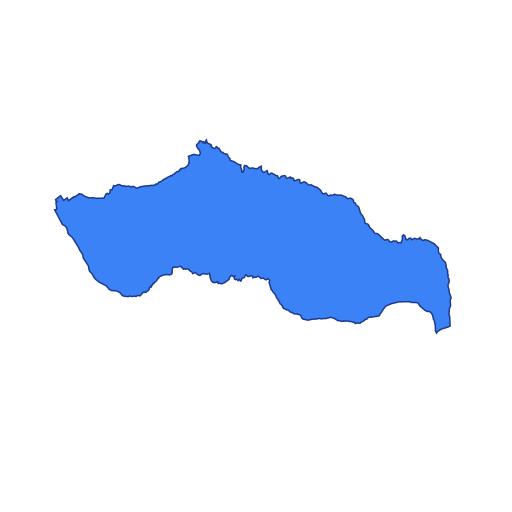 Schela, Gorj, Romania (Natural Earth projection), rotated 115°
{"feature_id": "2599482B25991908256991", "entity_name": "Schela", "entity_type": "district", "adm_level": 2, "iso_a3": "ROU", "parent_name": "Romania", "parent_adm1": "Gorj", "projection": "natural_earth1", "projection_center": [23.303, 45.212], "detail": "fine", "context": "isolated", "style": "filled", "palette": "blue", "viewbox_px": 512, "rotation_deg": 115, "n_neighbors": 0, "source": "geoboundaries", "source_scale": "gbopen_adm2", "svg_char_len": 6124}
<svg xmlns="http://www.w3.org/2000/svg" viewBox="0 0 512 512"><g transform="rotate(115 256 256)"><path d="M299.2,458.0L309.3,444.7L309.3,442.1L310.2,440.0L312.5,437.7L314.7,436.1L315.7,434.7L316.5,431.2L317.3,429.5L322.9,420.9L325.3,418.1L327.7,413.9L330.8,411.7L336.0,403.4L338.2,402.2L340.2,400.3L341.5,396.8L343.6,394.2L344.8,391.8L346.0,387.0L346.3,379.1L348.2,375.0L348.4,372.5L346.5,367.4L346.7,363.8L348.3,360.4L348.2,358.7L346.8,354.5L345.6,353.7L345.3,351.6L343.4,348.6L343.5,347.8L341.3,346.0L341.3,344.4L338.8,343.5L337.1,343.3L336.3,342.2L335.9,342.2L336.0,341.5L335.1,340.2L332.9,339.1L331.5,338.7L329.7,339.2L328.8,338.7L328.8,338.2L327.8,338.6L327.0,338.1L327.3,337.9L324.4,337.6L324.2,336.9L323.5,337.2L320.7,335.7L318.5,335.5L317.2,334.8L316.8,335.2L316.1,335.0L312.5,332.2L311.5,330.4L310.7,329.6L309.8,326.6L308.1,324.8L306.7,324.8L304.0,326.2L301.8,326.5L300.4,325.6L300.4,324.8L299.8,323.2L297.2,320.1L298.0,318.2L298.0,317.2L298.7,316.4L298.3,315.6L297.8,315.5L297.6,313.9L296.7,313.0L296.3,311.6L296.5,311.0L297.3,310.4L297.6,307.3L298.7,305.9L296.6,304.1L297.5,300.9L297.5,299.0L296.8,298.2L294.7,297.2L293.0,292.5L291.4,290.8L295.4,288.0L297.3,286.0L298.1,284.0L297.8,282.6L296.7,281.0L295.4,280.0L296.9,278.6L295.9,277.3L296.0,276.6L295.5,275.0L293.3,273.1L288.5,270.5L286.6,271.0L284.1,270.2L284.2,268.7L283.2,266.7L285.0,266.7L286.1,265.5L286.1,264.7L285.2,263.5L285.9,261.9L284.3,261.5L285.3,259.4L284.5,259.0L282.2,259.3L280.4,257.5L277.9,257.5L277.1,256.9L278.0,255.3L278.0,254.4L276.1,252.3L275.7,251.0L277.0,249.5L276.2,249.3L275.3,247.0L273.4,245.5L273.5,244.3L274.3,242.0L273.0,240.4L273.4,237.2L273.0,236.3L271.5,235.5L271.6,234.7L272.4,233.1L274.3,233.0L280.2,227.9L280.4,226.7L281.3,225.6L282.9,221.9L285.1,219.8L285.9,217.7L286.6,217.4L286.7,216.7L289.1,214.0L289.3,212.7L290.5,210.4L291.0,210.3L291.5,209.6L291.9,208.5L291.6,207.0L291.9,205.9L291.4,203.8L292.3,201.4L292.0,198.5L292.4,197.0L291.3,194.9L291.3,193.4L290.7,191.9L290.9,190.4L292.8,188.3L293.2,187.0L293.3,186.2L292.4,183.2L292.4,182.1L289.1,177.7L288.0,175.2L285.7,172.1L285.4,170.2L284.1,168.4L283.6,167.0L281.0,163.5L280.1,163.0L279.5,158.8L280.0,154.3L279.4,153.4L279.0,150.7L278.4,149.4L277.6,149.0L277.5,147.6L276.2,145.9L276.0,143.9L275.4,142.8L274.8,139.6L274.4,138.7L275.3,137.6L273.5,135.5L273.6,134.8L272.9,133.2L271.4,132.8L270.8,132.0L268.7,130.6L267.2,130.1L266.7,129.1L264.0,128.1L263.2,126.9L263.1,126.2L258.3,119.2L248.7,117.8L246.5,117.1L244.7,115.7L243.9,114.7L242.1,113.3L236.6,106.3L236.1,104.5L235.4,103.6L232.5,97.5L232.4,95.5L230.5,91.2L230.1,89.1L232.0,86.5L233.8,79.9L233.9,77.4L233.0,75.5L233.6,72.9L235.4,70.6L238.4,68.4L239.0,67.2L244.1,63.6L247.7,61.9L249.6,59.9L247.5,59.4L243.9,57.1L239.2,51.9L237.5,50.5L229.5,54.6L226.8,56.7L221.4,58.6L218.9,58.6L213.9,61.4L211.5,61.4L207.2,65.6L204.9,66.9L203.0,68.8L200.5,69.9L197.9,70.0L195.5,71.2L194.0,73.2L192.2,73.7L191.3,74.6L188.2,76.2L185.8,79.0L184.3,79.5L183.4,80.5L181.9,81.4L180.4,85.6L178.4,88.3L176.6,89.2L176.3,91.1L175.9,91.6L174.4,92.9L171.6,94.1L169.6,99.7L169.3,107.1L169.8,109.7L171.1,110.9L171.5,111.7L170.8,113.1L171.3,114.6L170.1,115.2L172.3,116.5L172.6,116.9L172.9,119.7L175.6,122.0L174.4,123.2L174.8,124.1L175.3,124.7L177.3,125.6L177.6,126.1L177.6,126.8L174.8,129.7L174.5,131.2L175.6,131.8L176.5,131.7L179.5,130.2L182.8,130.2L183.0,131.3L184.1,133.0L183.9,133.8L183.2,134.5L183.2,135.4L183.8,136.0L184.2,137.9L186.0,138.8L186.6,140.7L185.4,143.2L185.4,143.8L187.3,146.1L184.5,154.7L184.4,155.4L185.2,157.6L185.0,158.5L183.5,160.6L182.1,165.3L180.7,166.4L179.9,168.0L180.1,171.2L177.4,172.8L174.6,176.3L172.9,179.5L168.4,183.4L167.3,187.3L166.0,188.4L166.0,189.9L165.5,190.7L164.6,191.0L163.8,192.1L163.6,193.9L163.7,195.0L164.8,196.3L165.3,197.4L164.4,200.2L164.8,201.4L164.7,204.1L166.7,208.7L166.8,210.9L167.6,211.2L167.8,211.7L169.0,212.7L169.2,214.3L170.6,215.1L170.7,216.7L169.4,219.0L171.4,221.5L171.1,222.4L169.0,225.5L167.9,229.7L168.4,232.2L168.2,236.3L169.0,237.3L169.4,238.6L168.4,241.7L168.3,243.3L168.8,244.2L171.2,246.3L170.7,247.4L169.0,248.3L168.4,248.9L168.6,249.8L171.1,252.2L171.7,253.3L171.5,253.9L170.3,254.2L170.0,254.8L169.8,256.1L170.8,257.2L169.9,257.8L169.9,258.3L172.7,260.9L172.4,261.9L171.5,262.6L171.0,263.5L171.1,264.2L173.1,266.8L175.7,267.3L176.1,268.3L174.2,270.5L174.6,271.6L174.2,276.6L174.5,277.4L176.1,278.1L176.9,279.2L173.9,282.0L176.6,283.9L177.0,284.8L176.0,287.1L175.3,287.8L172.4,289.1L174.2,290.7L176.1,291.4L177.0,293.3L177.8,296.7L179.3,298.7L178.9,300.9L178.2,302.4L178.8,304.7L181.0,304.4L182.7,303.2L185.7,303.3L185.8,303.5L185.4,304.9L183.7,305.4L182.2,307.4L179.9,308.2L180.5,310.7L179.8,315.8L180.2,319.7L179.4,320.7L178.8,320.7L177.8,323.1L176.0,324.9L176.7,328.7L176.1,329.7L176.5,330.1L176.3,331.5L176.0,332.6L175.8,332.6L174.1,334.9L174.6,335.3L173.6,337.9L173.8,338.3L174.8,338.1L176.1,338.9L176.2,340.7L175.7,343.1L174.7,343.0L174.1,343.9L174.2,347.2L173.8,348.4L171.8,350.0L172.2,350.2L175.2,349.5L175.6,351.7L174.9,351.6L174.3,350.8L175.2,353.1L175.0,354.7L175.7,355.8L176.8,355.9L177.3,355.6L180.0,356.8L181.2,356.6L183.1,354.2L184.1,351.9L186.4,349.7L189.0,350.1L190.2,355.4L194.3,359.4L195.2,358.5L199.4,356.0L199.9,356.3L201.8,355.9L203.8,356.5L206.0,357.6L207.6,359.5L208.3,360.9L209.4,361.0L209.9,361.7L212.1,361.7L212.7,363.1L215.0,364.4L215.8,364.4L217.9,366.0L218.8,366.0L219.2,367.4L219.9,367.5L222.3,369.6L223.6,370.1L223.9,370.7L226.2,372.4L227.8,372.9L230.1,375.1L232.5,375.9L233.0,377.1L233.8,377.3L235.4,378.8L236.1,380.7L237.0,381.6L237.9,383.5L238.8,384.5L239.0,385.5L242.1,390.0L245.0,392.6L244.7,396.1L245.4,397.8L246.4,398.3L246.2,399.9L246.7,401.5L248.0,403.2L247.9,404.6L249.1,407.5L248.9,409.8L249.8,411.5L251.9,413.0L252.5,414.8L256.8,414.5L257.5,416.0L261.1,415.2L262.2,416.0L262.1,417.4L263.4,418.2L267.8,418.2L271.3,425.4L272.2,428.9L273.2,430.3L274.0,432.6L274.3,436.9L273.6,439.8L274.3,442.7L275.1,442.8L280.0,446.0L279.7,446.4L285.1,449.3L283.1,451.7L286.9,453.8L283.9,458.6L289.6,461.5L290.5,460.6L290.6,459.5L291.4,460.0L292.6,459.6L297.5,456.4L298.0,456.3L299.2,458.0Z" fill="#3b82f6" stroke="#1e3a8a" stroke-width="1.5"/></g></svg>